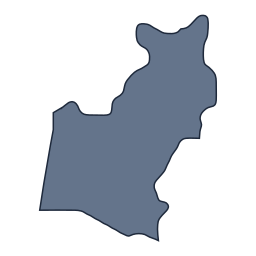 El Llano, La Estrelleta, Dominican Republic (Robinson projection)
{"feature_id": "3306468B67891946517614", "entity_name": "El Llano", "entity_type": "district", "adm_level": 2, "iso_a3": "DOM", "parent_name": "Dominican Republic", "parent_adm1": "La Estrelleta", "projection": "robinson", "projection_center": [-71.647, 18.809], "detail": "fine", "context": "isolated", "style": "filled", "palette": "slate", "viewbox_px": 256, "rotation_deg": 0, "n_neighbors": 0, "source": "geoboundaries", "source_scale": "gbopen_adm2", "svg_char_len": 2660}
<svg xmlns="http://www.w3.org/2000/svg" viewBox="0 0 256 256"><path d="M53.3,112.7L53.3,129.7L50.5,144.8L44.0,182.5L43.0,188.8L39.7,210.2L57.5,210.1L74.9,210.2L78.1,210.4L81.2,211.0L83.1,211.7L87.1,214.1L90.6,215.7L95.4,218.7L98.9,220.4L103.7,223.4L107.3,225.0L112.1,228.0L115.6,229.7L120.4,232.7L126.9,235.7L128.5,236.0L129.3,235.9L133.1,234.4L135.9,233.8L138.8,233.6L141.9,233.8L144.8,234.5L149.7,237.1L155.2,239.1L158.4,240.6L157.8,234.8L157.5,229.1L157.7,224.6L158.2,221.4L159.0,219.4L160.2,217.6L162.2,215.2L166.5,210.7L167.6,209.2L168.3,207.5L168.4,206.5L168.2,205.6L167.9,204.8L167.4,204.1L166.2,202.9L164.6,202.2L160.6,201.2L159.8,200.8L159.1,200.3L158.6,199.6L157.8,197.9L156.4,193.2L154.9,189.8L154.3,188.0L154.2,187.0L154.2,184.9L154.8,182.8L155.3,181.9L156.5,180.2L162.1,173.9L163.5,172.2L164.7,170.5L165.6,168.6L167.2,164.9L169.4,160.6L170.6,157.7L171.5,155.8L172.7,153.9L176.5,148.6L177.5,146.8L179.1,143.1L179.6,142.3L180.8,140.8L182.3,139.6L183.1,139.1L184.0,138.7L186.0,138.3L190.0,138.1L199.4,138.3L199.9,131.7L200.3,129.7L201.3,126.3L201.5,124.6L201.2,123.1L200.5,120.7L200.1,118.9L200.2,116.9L200.8,114.8L201.8,113.0L203.2,111.3L204.7,109.9L206.3,108.6L208.1,107.6L209.0,107.3L213.2,106.1L214.6,105.1L215.2,104.3L215.6,103.4L215.9,102.4L216.2,100.2L216.3,95.6L216.2,82.1L216.0,78.5L215.5,76.2L215.2,75.0L214.2,73.1L212.2,70.5L209.2,67.6L206.2,65.4L204.9,64.2L204.1,62.5L203.5,59.4L203.3,55.9L203.3,52.4L203.5,48.8L203.9,45.4L204.8,42.2L206.8,37.8L207.4,35.4L207.7,33.0L208.1,28.0L208.2,23.1L208.0,20.8L207.7,18.7L207.3,17.7L206.6,16.8L205.8,16.1L205.0,15.7L203.2,15.4L201.4,15.5L200.4,15.7L198.6,16.6L196.9,18.0L190.8,24.5L188.3,26.7L186.4,27.8L185.5,28.1L183.6,28.6L180.9,28.9L178.4,31.5L177.7,32.1L175.9,32.9L173.9,33.4L171.8,33.6L167.5,33.5L164.2,33.1L162.2,32.4L160.5,31.5L157.3,29.6L153.8,27.8L149.9,25.3L148.0,24.5L146.9,24.2L143.8,23.8L141.7,23.8L139.7,24.2L138.8,24.7L138.0,25.4L137.4,26.3L136.7,28.2L136.3,31.5L136.3,34.9L136.5,37.3L137.2,40.7L138.2,42.6L140.0,44.8L141.5,46.0L145.5,48.3L146.9,49.5L148.0,51.0L148.9,53.0L149.3,54.2L149.6,56.5L149.5,60.0L149.1,62.2L148.2,63.9L146.8,65.2L141.5,68.5L137.2,70.5L134.5,72.3L131.2,75.4L127.5,79.8L126.3,81.6L125.3,83.6L124.7,85.7L123.6,90.7L123.2,91.7L122.3,93.3L120.3,95.3L115.7,98.2L114.4,99.5L113.3,101.1L112.9,101.9L112.3,103.9L111.7,109.9L111.3,111.8L111.0,112.6L110.4,113.4L109.7,114.1L108.8,114.5L107.0,115.0L103.9,115.2L89.3,115.0L86.1,114.7L84.0,114.2L82.2,113.2L81.5,112.6L80.2,111.2L79.2,109.6L77.7,106.0L76.2,103.8L74.8,102.6L73.9,102.1L72.1,101.7L70.2,102.0L68.5,102.7L64.7,105.6L61.6,108.1L61.6,107.8L53.3,112.7Z" fill="#64748b" stroke="#1e293b" stroke-width="1.5"/></svg>